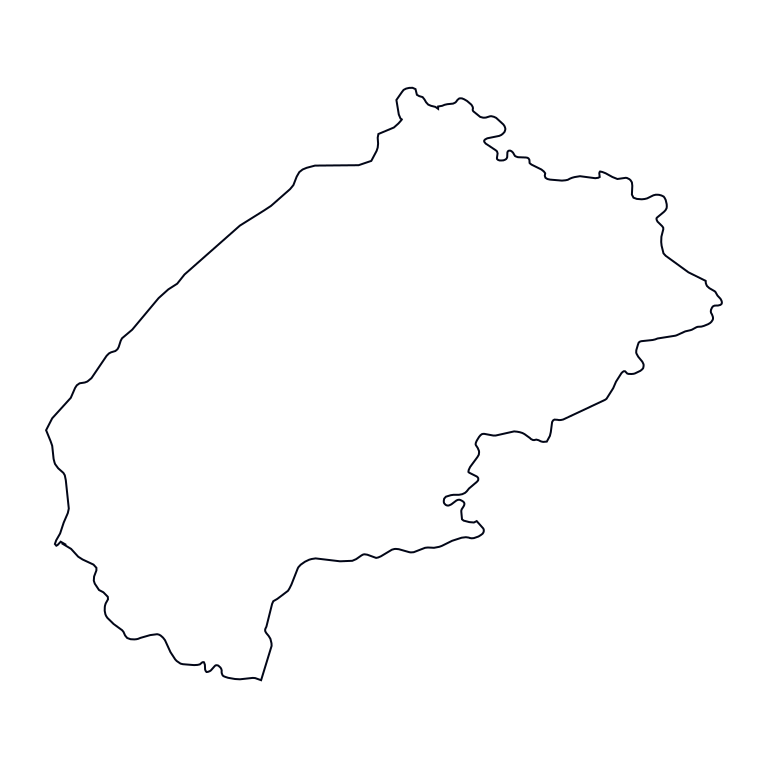 the Region of L'viv
{"feature_id": "UKR-291", "entity_name": "L'viv", "entity_type": "Region", "adm_level": 1, "iso_a3": "UKR", "parent_name": "Ukraine", "parent_adm1": "", "projection": "equal_earth", "projection_center": [24.224, 49.684], "detail": "fine", "context": "isolated", "style": "outline", "palette": "ink", "viewbox_px": 768, "rotation_deg": 0, "n_neighbors": 0, "source": "natural_earth", "source_scale": "10m", "svg_char_len": 6073}
<svg xmlns="http://www.w3.org/2000/svg" viewBox="0 0 768 768"><path d="M56.3,545.7L54.9,544.0L56.2,540.3L60.1,533.5L63.7,522.6L67.8,513.1L68.8,508.6L65.8,480.2L64.8,475.3L63.4,472.9L58.2,468.3L55.1,464.1L54.5,462.4L53.6,458.9L52.2,445.8L50.6,441.2L46.1,430.2L52.2,418.3L70.8,397.8L75.1,387.9L76.8,385.3L79.6,383.3L84.8,382.5L87.4,381.5L91.5,378.1L106.6,355.8L109.0,353.4L111.1,352.3L115.4,351.0L117.5,349.2L118.7,347.0L120.7,340.8L122.0,338.3L132.2,329.7L158.6,298.1L168.3,289.4L177.2,283.7L184.5,274.5L239.9,225.6L264.0,210.5L271.0,205.9L290.1,189.1L293.4,185.1L296.7,176.6L299.3,172.1L302.6,169.5L306.7,167.8L315.0,165.6L358.6,165.2L371.3,160.9L376.6,150.9L377.7,147.6L378.1,143.6L377.7,137.7L378.4,134.0L393.9,127.5L398.4,123.5L401.5,120.0L401.8,119.4L400.5,118.5L398.8,114.5L396.4,100.0L401.9,92.1L403.6,89.9L406.1,88.6L409.2,87.9L412.5,87.8L415.5,89.1L416.9,94.8L419.2,96.1L422.6,97.1L424.5,99.5L426.1,102.3L428.2,104.6L431.0,105.8L435.4,106.9L438.1,108.8L438.1,106.5L442.2,105.8L444.6,104.8L447.3,104.2L453.1,103.6L455.2,102.6L456.1,101.8L457.4,100.0L459.0,98.6L460.0,98.3L462.0,98.4L464.2,99.3L467.1,101.0L471.4,104.7L472.6,106.7L473.0,108.2L472.7,109.3L472.8,110.4L473.3,111.3L480.2,116.9L483.2,117.7L485.8,117.6L490.0,116.3L491.3,116.2L493.9,116.8L496.2,117.9L503.4,124.5L504.6,126.3L505.3,128.4L505.3,129.6L504.6,131.8L503.1,133.5L501.4,134.9L499.2,135.9L487.3,138.3L485.2,139.4L484.5,140.1L484.1,141.0L484.4,142.0L485.7,143.6L495.8,150.3L497.0,151.4L497.6,153.4L496.9,158.1L497.1,159.1L498.2,160.0L499.8,160.5L503.2,160.4L504.9,159.8L506.2,159.0L506.8,158.1L507.2,157.1L507.4,152.3L507.9,151.3L508.8,150.7L510.1,150.6L511.5,151.2L513.0,152.6L514.9,155.9L516.2,156.6L518.0,157.2L525.7,157.5L527.2,157.7L528.4,158.3L529.3,159.6L529.5,160.9L529.5,162.1L529.7,163.2L531.5,164.6L541.4,169.5L543.9,171.5L545.2,173.3L544.8,175.7L545.1,176.8L545.5,177.8L547.4,179.0L550.0,179.6L561.9,180.6L565.4,180.3L567.8,179.8L569.8,178.7L572.0,177.8L574.5,177.1L580.0,176.2L595.2,178.2L598.2,177.8L599.7,177.0L599.3,173.4L599.5,172.3L600.1,171.5L602.4,172.0L605.7,173.3L612.4,177.0L617.4,179.0L625.8,177.8L627.0,178.0L629.4,179.2L630.6,180.3L631.9,182.4L632.3,185.8L631.9,194.6L633.5,197.7L636.8,198.9L641.7,199.3L644.6,199.0L647.1,198.4L653.4,195.3L655.9,194.7L658.9,194.8L661.5,195.5L663.7,196.6L664.7,198.0L665.7,200.0L666.7,204.2L666.8,206.5L666.6,208.2L665.5,210.2L664.0,211.8L657.1,217.5L656.5,218.3L656.6,219.7L657.5,221.6L662.1,226.1L663.2,227.6L663.3,229.2L661.4,236.7L661.2,242.0L661.6,245.7L663.5,253.4L665.7,255.8L688.4,272.3L705.7,280.9L705.8,283.1L706.5,285.0L707.0,286.0L709.4,288.2L714.6,291.2L715.4,291.9L717.5,295.6L720.5,298.8L721.5,300.7L721.8,301.8L721.9,302.9L721.5,304.0L720.4,304.9L718.1,305.5L714.7,305.6L713.2,306.2L712.1,307.4L711.0,309.8L710.8,311.4L711.0,312.7L712.0,314.5L712.8,316.6L713.0,317.7L713.0,318.9L712.6,320.0L711.4,321.8L710.1,323.0L708.1,324.2L703.9,325.9L701.4,326.6L697.8,326.8L696.5,327.2L691.9,329.7L690.4,330.2L685.2,331.4L676.6,335.3L675.3,335.7L657.5,338.5L655.2,339.4L652.6,340.0L641.2,341.2L639.8,341.7L638.7,342.6L637.9,344.8L636.3,350.2L636.2,352.7L636.6,353.8L638.2,356.7L642.3,361.7L643.3,363.7L643.6,364.7L643.6,365.9L643.4,367.1L643.1,368.3L642.0,369.5L640.4,370.8L635.0,373.4L633.6,373.8L631.5,374.0L628.5,373.9L627.2,373.5L625.1,371.3L623.9,371.2L622.7,371.9L621.4,373.2L616.0,381.7L613.2,388.2L606.5,398.8L605.1,399.8L563.2,419.5L560.9,420.0L559.0,420.1L557.5,419.8L554.4,419.6L553.1,420.4L552.1,422.1L550.8,432.1L549.9,435.9L546.8,441.6L543.3,441.9L542.1,441.7L540.7,441.3L538.6,440.2L536.3,439.6L534.1,440.1L532.9,440.0L530.9,439.0L529.9,438.0L524.5,434.1L522.4,433.0L519.8,432.2L517.1,431.7L514.1,431.4L495.8,435.5L493.1,435.5L484.5,433.9L483.0,433.9L481.8,434.2L480.4,435.3L479.0,437.0L476.8,440.6L475.9,442.6L475.6,444.2L475.9,445.2L477.7,447.9L479.0,451.0L479.1,452.2L478.8,454.7L477.4,457.1L470.1,467.0L468.7,470.0L468.4,471.9L469.2,472.7L476.8,476.5L477.6,477.2L478.2,478.1L478.3,479.2L478.1,480.4L476.9,481.8L469.0,488.5L466.7,491.4L465.0,492.9L462.2,494.2L458.9,494.8L453.5,494.8L450.8,495.2L445.9,496.7L444.2,498.6L443.8,500.7L443.8,502.1L444.2,503.3L444.9,504.1L445.7,504.9L446.8,505.4L448.1,505.6L449.3,505.3L451.4,504.3L456.4,500.5L457.8,499.9L459.2,499.7L460.4,500.0L462.5,501.1L463.4,501.8L464.1,502.6L464.4,503.6L464.3,504.8L463.7,506.2L461.7,509.3L461.3,510.6L461.3,511.8L462.0,519.3L463.6,520.6L469.3,522.1L473.9,522.5L476.7,521.1L483.2,528.4L483.7,529.4L483.8,530.5L483.7,531.7L483.2,532.8L482.5,533.8L480.9,535.0L478.5,536.5L473.9,538.1L471.6,538.3L469.8,538.0L468.8,537.6L465.9,537.2L461.7,537.7L452.1,540.8L441.8,545.9L439.3,546.8L434.0,547.8L427.9,547.5L425.1,547.8L413.7,552.2L410.9,552.4L409.4,552.2L398.8,549.2L395.8,548.9L394.4,549.0L391.9,549.7L380.9,556.3L378.1,557.5L376.1,557.9L367.3,554.7L364.5,554.3L363.2,554.5L361.5,555.4L356.2,559.1L352.3,560.8L340.0,561.3L315.6,558.4L311.7,559.0L309.2,559.7L305.0,561.7L300.7,564.7L298.4,567.2L297.8,568.3L291.4,584.6L289.5,588.4L288.0,590.8L277.3,598.9L273.3,601.2L272.1,603.9L266.4,626.7L265.4,628.7L265.1,630.0L265.3,631.4L266.3,633.1L268.7,636.0L270.4,638.8L271.5,643.3L271.6,645.9L261.1,680.2L255.2,678.1L252.8,677.9L239.9,679.3L235.0,679.0L228.1,677.8L225.3,676.9L223.4,676.1L222.6,675.3L221.8,673.4L221.6,672.1L221.7,670.5L221.3,669.0L220.5,667.6L218.3,665.6L216.8,665.2L215.5,665.4L214.7,666.1L210.9,670.4L209.7,671.2L207.8,671.9L206.5,672.0L205.7,671.0L205.1,669.5L204.9,664.8L204.0,662.3L203.1,662.1L202.2,662.4L199.8,664.4L197.5,664.9L194.1,665.1L182.9,664.2L180.5,663.6L176.7,661.0L175.2,659.4L170.5,652.2L165.0,640.2L163.0,637.6L160.6,635.5L158.9,634.6L157.1,634.2L150.2,635.1L140.4,637.9L138.2,638.8L136.5,639.2L134.3,639.4L130.5,639.2L127.2,638.0L125.1,635.5L123.5,631.9L122.1,630.2L113.6,624.0L107.4,617.9L106.2,616.1L105.4,614.3L104.7,610.8L104.8,607.0L105.0,605.7L105.7,603.4L108.0,599.3L107.8,596.8L103.4,592.3L99.0,590.0L94.8,583.7L93.8,580.7L94.1,576.5L96.4,570.4L96.4,567.8L93.5,564.6L82.6,559.5L78.2,556.7L71.1,548.9L63.3,544.2L64.5,543.9L60.7,541.7L57.5,545.1L56.3,545.7Z" fill="none" stroke="#020617" stroke-width="2"/></svg>